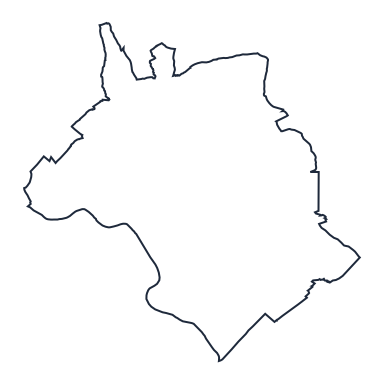 outline of Bradesti, Dolj, Romania
{"feature_id": "2599482B10867437215868", "entity_name": "Bradesti", "entity_type": "district", "adm_level": 2, "iso_a3": "ROU", "parent_name": "Romania", "parent_adm1": "Dolj", "projection": "mercator", "projection_center": [23.618, 44.508], "detail": "fine", "context": "isolated", "style": "outline", "palette": "slate", "viewbox_px": 384, "rotation_deg": 0, "n_neighbors": 0, "source": "geoboundaries", "source_scale": "gbopen_adm2", "svg_char_len": 5818}
<svg xmlns="http://www.w3.org/2000/svg" viewBox="0 0 384 384"><path d="M218.9,361.0L220.7,360.4L222.4,359.4L231.8,349.2L238.5,341.5L245.8,334.0L248.5,330.4L252.8,326.4L265.2,313.8L274.5,321.9L276.6,320.1L276.9,320.4L277.3,319.6L278.2,319.2L282.4,315.9L298.2,304.4L306.9,297.7L305.6,296.4L308.6,293.7L309.1,293.0L308.3,290.8L307.9,290.6L312.5,286.9L312.5,286.2L311.9,286.0L312.6,285.6L314.7,283.5L311.9,281.6L313.1,280.4L318.3,279.9L319.7,279.1L320.5,279.9L322.0,279.6L323.1,279.7L323.4,279.1L323.9,278.8L324.1,279.1L324.0,279.7L324.8,280.5L327.0,280.5L327.5,280.7L327.0,281.6L327.8,282.0L328.6,282.2L329.3,281.8L329.9,282.5L332.8,280.5L335.9,280.0L339.2,278.4L342.7,275.9L359.8,257.5L358.7,256.4L355.1,251.7L353.3,250.1L348.6,246.5L344.8,245.7L343.9,245.4L341.5,242.8L337.7,239.3L333.9,237.8L329.7,234.7L325.4,230.4L321.6,227.9L319.9,225.6L319.1,223.9L326.1,221.5L325.4,219.6L325.5,219.1L326.1,219.0L325.4,218.2L324.8,218.0L325.6,217.5L325.7,216.8L324.4,215.7L322.7,214.9L321.5,215.4L320.6,215.5L320.9,215.2L320.7,214.9L315.9,213.5L315.0,212.3L318.5,210.9L318.7,172.0L310.3,172.0L314.7,170.3L315.5,169.7L316.0,168.7L316.2,168.0L316.1,166.8L315.7,163.9L316.0,162.5L315.3,160.0L315.3,159.3L315.7,158.0L315.7,157.0L315.2,155.7L313.7,153.3L311.4,151.1L311.0,147.2L310.1,144.9L309.3,143.8L303.5,138.7L302.7,136.8L302.0,135.7L301.8,133.9L300.8,133.0L294.5,130.0L291.4,129.6L289.8,129.0L288.3,129.2L282.4,131.2L281.2,131.2L280.3,129.8L279.3,128.6L277.2,124.9L276.9,123.7L276.6,121.8L276.1,121.4L286.6,116.2L287.8,115.4L286.5,113.3L285.2,111.9L283.6,111.0L282.6,111.1L283.0,110.8L282.7,110.1L283.3,109.8L283.3,109.6L273.9,106.9L272.9,106.4L271.2,105.1L269.3,103.1L267.3,100.4L266.6,98.9L265.9,96.4L264.3,95.7L263.9,95.0L263.9,93.6L264.4,92.5L264.5,91.8L264.2,88.8L264.4,86.4L264.2,81.0L265.1,78.9L265.5,76.2L266.3,72.7L266.7,71.6L266.9,70.5L266.8,68.8L267.1,67.7L267.6,63.4L267.6,62.3L268.0,60.3L268.0,59.6L267.8,59.2L266.5,57.6L264.4,56.6L262.6,56.2L260.1,55.2L257.5,53.2L256.3,53.6L253.8,53.6L246.9,54.5L242.7,54.4L239.5,55.3L236.5,55.5L232.2,57.1L229.6,57.4L227.9,57.9L225.3,58.1L223.8,57.9L218.3,58.6L217.1,59.4L217.0,59.2L215.5,59.6L213.3,59.8L211.5,60.9L208.9,61.9L206.3,62.4L201.9,62.2L197.7,63.2L194.7,64.3L192.6,65.4L190.3,67.0L190.4,67.8L190.2,67.8L185.2,72.0L183.7,72.7L183.1,73.3L181.5,73.8L179.4,75.6L178.9,75.6L178.6,75.3L177.4,75.7L176.9,75.4L175.8,75.9L175.7,75.8L176.1,75.3L175.5,75.4L175.0,75.0L173.9,75.7L173.1,75.9L173.4,75.1L174.0,72.7L174.9,69.8L174.7,67.9L173.9,65.4L174.2,61.1L173.4,58.8L173.3,58.1L173.4,56.6L174.0,52.9L175.0,49.0L171.1,48.6L167.3,47.5L165.6,46.5L165.2,45.7L163.3,44.5L162.4,43.5L161.7,43.2L160.6,43.9L156.8,45.7L157.0,45.9L154.5,47.6L153.7,48.5L151.1,50.1L150.6,50.7L150.9,51.7L151.8,53.4L152.3,55.9L152.6,56.1L153.8,56.2L154.5,57.4L154.8,57.4L155.2,58.1L154.2,58.9L150.1,60.8L150.0,61.5L149.8,61.8L149.9,62.9L150.9,63.8L150.7,65.8L150.9,66.3L151.6,67.1L152.4,68.7L153.0,68.9L153.0,69.6L153.4,70.1L153.4,70.6L153.0,71.9L153.9,72.8L153.5,73.8L153.6,74.4L154.7,75.3L155.0,75.3L155.5,76.2L155.1,77.5L154.8,77.9L154.7,78.4L153.3,78.3L152.6,77.4L152.2,77.2L150.3,77.2L147.0,77.7L144.3,78.8L142.5,78.6L141.4,79.0L136.7,79.6L136.3,78.1L134.1,74.8L132.8,72.3L132.4,72.0L131.8,69.1L131.7,67.7L131.0,63.3L130.5,61.7L129.8,60.1L126.4,55.9L123.5,50.6L123.6,47.8L121.4,50.7L121.1,50.6L120.4,48.4L120.2,46.9L119.6,45.5L117.9,43.4L116.2,39.9L114.3,36.9L113.9,36.0L113.2,33.5L111.8,31.9L110.8,30.2L110.7,26.8L109.6,24.3L109.0,23.6L108.3,23.3L107.2,23.7L106.6,23.0L101.8,24.8L99.6,25.2L100.5,28.1L100.2,29.7L100.1,31.2L100.7,34.8L101.3,36.9L102.2,38.3L103.4,43.8L103.9,44.8L103.8,45.8L104.5,47.9L104.4,49.6L104.9,51.4L105.5,52.9L105.7,54.4L105.6,56.7L105.2,58.0L105.4,58.4L105.2,59.2L105.5,60.1L104.8,60.5L104.1,66.1L103.0,67.2L102.7,68.1L102.7,69.4L102.4,71.6L101.1,74.8L101.2,76.6L102.1,76.9L102.3,77.2L102.5,79.2L102.6,82.1L102.9,83.7L102.3,85.7L102.2,86.6L102.6,87.3L103.1,87.5L104.1,89.2L104.2,90.5L105.0,91.1L105.3,93.4L105.9,94.2L105.8,94.8L105.7,96.3L107.9,98.1L108.3,98.1L108.6,98.6L109.0,98.7L109.0,99.3L109.3,99.6L108.7,100.3L102.6,99.7L102.4,100.9L101.1,100.9L100.3,101.3L100.2,101.4L100.3,101.8L93.3,106.6L94.6,108.2L94.4,109.1L92.2,109.8L91.9,109.7L91.9,109.4L89.3,110.2L86.5,112.5L85.4,114.2L79.5,119.4L80.0,119.2L79.5,120.0L78.9,120.2L75.8,122.3L75.1,123.3L73.3,124.9L71.8,126.4L71.7,126.6L74.8,129.4L80.2,133.8L82.3,135.0L81.8,135.7L82.6,138.1L80.6,138.5L79.2,139.2L78.8,139.1L77.2,139.6L74.7,141.2L73.3,143.0L71.3,144.5L71.0,145.0L71.1,145.5L70.9,146.2L70.4,146.3L70.1,147.1L69.4,147.7L69.2,148.4L68.2,149.2L67.6,150.3L60.4,158.1L57.2,161.1L55.6,163.0L51.1,157.1L49.5,161.1L43.8,156.4L37.1,164.6L30.5,171.5L31.4,173.8L31.4,174.9L31.2,177.2L29.9,181.8L29.6,182.6L27.3,185.9L25.7,187.6L24.2,188.0L24.2,188.8L24.5,190.1L25.4,192.1L27.6,195.4L28.9,198.2L30.7,201.4L30.2,202.5L30.7,203.9L27.9,206.4L30.2,207.4L33.6,210.4L41.8,214.9L43.8,216.9L45.5,218.3L46.6,218.9L48.0,219.3L51.0,219.6L57.7,219.5L59.3,219.1L61.9,218.9L66.1,217.9L67.4,217.4L70.0,215.9L72.7,213.6L75.2,211.7L76.5,211.0L82.3,209.1L84.1,209.1L85.3,209.6L88.7,211.9L92.8,215.6L94.2,217.5L96.0,219.0L96.1,219.7L96.5,220.5L98.4,222.4L102.5,225.5L105.5,226.7L108.2,227.3L110.0,227.3L113.6,226.5L117.6,225.4L120.5,224.3L123.1,223.7L125.8,223.8L127.1,224.3L131.5,228.7L132.7,230.2L134.1,231.4L135.2,233.1L136.2,233.9L150.3,257.3L155.4,264.5L157.2,268.0L158.8,272.6L159.6,277.4L159.3,280.3L157.1,283.8L154.5,285.7L149.8,288.3L149.2,288.9L148.2,290.3L147.0,293.2L146.5,295.3L146.4,299.0L148.9,304.0L151.3,306.7L155.2,309.4L162.6,312.3L166.1,313.0L172.5,314.8L175.8,317.3L177.3,318.0L179.6,319.6L182.8,321.3L189.5,322.6L191.9,323.1L193.7,323.8L201.8,332.1L203.6,334.6L204.6,335.7L206.0,338.6L212.0,347.3L214.0,350.0L217.1,353.0L218.7,355.8L219.1,357.4L219.0,360.2L218.9,361.0Z" fill="none" stroke="#1e293b" stroke-width="2"/></svg>